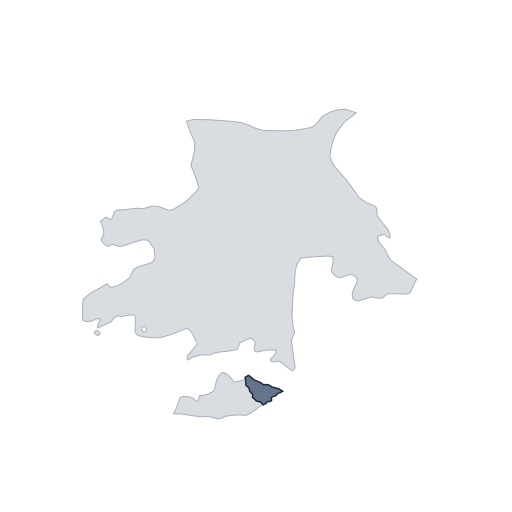 Ordubad District, Ordubad, Azerbaijan (highlighted), rotated 309°
{"feature_id": "54616110B24607032839399", "entity_name": "Ordubad District", "entity_type": "district", "adm_level": 2, "iso_a3": "AZE", "parent_name": "Azerbaijan", "parent_adm1": "Ordubad", "projection": "equal_earth", "projection_center": [45.94, 39.075], "detail": "fine", "context": "in_parent", "style": "filled", "palette": "slate", "viewbox_px": 512, "rotation_deg": 309, "n_neighbors": 0, "source": "geoboundaries", "source_scale": "gbopen_adm2", "svg_char_len": 4249}
<svg xmlns="http://www.w3.org/2000/svg" viewBox="0 0 512 512"><g transform="rotate(309 256 256)"><path d="M339.2,395.7L337.4,395.6L324.6,398.8L321.8,397.8L310.6,383.2L308.4,381.6L303.6,381.0L300.8,378.6L298.5,374.7L297.2,371.8L285.7,364.0L284.0,361.1L283.7,358.6L285.4,356.3L287.3,354.4L292.8,352.4L299.3,350.8L301.3,349.6L302.4,347.5L302.3,344.1L301.2,340.8L291.8,334.9L290.8,332.3L290.4,329.1L290.9,325.8L292.4,323.3L299.9,319.8L303.9,316.1L301.4,312.1L293.1,302.9L283.3,292.7L276.8,292.6L269.4,295.6L257.5,304.3L250.9,308.0L242.4,314.1L233.0,320.9L225.4,328.2L220.6,334.2L212.1,336.8L207.8,341.8L193.5,356.9L189.5,356.7L189.2,349.2L189.4,343.3L188.5,339.9L183.8,335.2L183.7,333.2L185.0,331.9L188.5,332.7L193.1,332.4L195.3,330.6L190.4,324.4L186.0,320.3L182.3,317.5L181.5,315.8L181.5,314.7L182.3,313.3L188.6,309.9L189.2,306.8L188.7,303.3L178.7,298.2L171.3,300.1L164.6,294.3L160.3,289.9L154.9,285.1L150.1,282.5L145.5,276.5L137.6,270.4L132.4,268.6L132.5,267.7L133.5,266.6L135.6,265.6L149.8,265.9L151.5,264.8L152.4,262.1L154.4,258.2L156.6,252.5L156.4,247.7L142.2,239.9L131.9,232.7L124.7,223.3L119.9,214.7L120.1,211.8L121.5,209.1L132.5,201.2L133.3,199.1L133.1,197.7L129.1,193.7L124.2,189.5L122.6,186.4L119.5,184.9L113.6,184.8L103.3,179.6L101.1,179.1L100.6,178.1L101.1,177.1L108.5,175.0L108.4,173.3L106.2,171.1L102.0,169.4L98.2,165.3L96.9,161.7L110.3,151.0L114.2,148.8L122.9,150.8L141.0,157.9L139.8,161.8L141.6,164.1L145.8,167.1L153.8,170.1L160.5,171.7L164.0,170.4L169.2,169.2L175.9,172.7L182.2,177.2L185.3,179.0L187.0,179.6L191.7,178.1L197.4,172.3L199.6,165.4L200.2,162.0L196.9,157.4L190.0,152.4L182.4,148.0L177.5,144.1L174.3,136.5L171.2,135.7L170.4,134.7L169.8,132.1L170.0,128.4L171.0,125.6L174.1,124.4L177.2,124.0L180.1,121.3L183.6,116.1L185.1,113.2L191.7,114.9L192.6,119.6L193.8,120.5L196.5,120.0L201.1,118.0L204.8,119.5L209.5,125.1L216.0,131.0L219.5,135.0L220.9,137.7L224.3,140.3L229.1,143.5L233.0,148.4L236.6,159.7L240.1,162.4L252.6,166.7L257.1,167.6L269.4,169.1L273.7,168.0L280.0,158.2L285.6,148.1L290.9,146.0L300.4,141.1L306.1,136.5L308.5,131.6L313.8,122.2L317.1,117.0L322.8,121.6L332.8,134.3L347.1,155.0L350.6,160.8L353.0,167.6L355.1,175.8L358.4,183.1L373.0,201.5L379.3,208.3L389.5,217.1L393.1,219.1L397.8,219.7L406.4,219.7L414.5,223.1L418.5,225.6L422.6,229.1L426.4,233.1L430.3,243.9L416.3,240.4L402.4,240.9L394.5,243.3L386.9,246.4L379.7,250.9L375.2,259.7L371.7,279.9L366.3,298.9L366.7,307.7L369.3,316.2L369.1,320.2L366.5,321.9L363.3,325.5L359.2,343.0L357.1,346.5L354.4,348.7L353.6,346.6L353.7,342.0L347.5,338.0L344.3,342.5L342.2,352.2L337.8,362.3L337.6,364.3L339.2,395.7ZM130.8,216.5L131.5,213.8L129.7,212.6L127.9,212.5L126.3,213.9L126.3,217.2L128.5,217.8L130.8,216.5ZM84.8,295.5L82.7,292.7L81.7,291.1L87.9,289.8L98.2,286.1L101.0,287.9L104.0,291.7L105.5,295.0L105.7,301.0L106.9,302.0L111.9,300.0L114.2,302.4L118.0,305.4L124.7,308.3L134.3,303.7L139.1,302.6L143.1,302.7L145.2,304.1L145.9,308.8L145.2,314.6L144.0,317.8L146.1,320.2L154.0,325.8L157.2,328.9L155.6,334.3L161.5,347.6L163.5,352.7L165.9,359.1L153.8,356.6L132.0,351.3L126.0,348.5L120.4,341.1L117.0,337.5L112.1,333.0L108.0,331.2L104.9,328.0L103.1,323.3L100.6,319.1L96.1,314.1L86.1,297.2L84.8,295.5ZM98.2,183.1L96.8,184.0L94.8,183.1L94.2,181.0L94.3,178.8L96.4,178.3L98.0,178.9L98.5,180.9L98.2,183.1Z" fill="#d9dde1" stroke="#a8b0b8" stroke-width="1"/><path d="M144.8,355.3L146.6,355.8L147.5,356.7L149.4,356.3L150.2,356.9L151.2,357.8L152.0,358.5L152.5,358.9L154.0,358.8L155.1,357.3L156.3,357.2L157.5,357.7L159.0,358.7L160.5,359.5L161.9,359.2L163.8,359.9L165.8,361.2L166.6,361.1L166.8,361.2L167.6,361.8L167.6,361.7L167.6,361.3L167.6,360.9L167.2,357.8L167.2,357.1L166.0,354.9L165.2,352.6L164.2,350.9L164.1,349.2L163.9,347.6L163.5,346.2L162.2,344.7L161.5,343.5L160.7,342.8L160.5,340.2L160.1,337.6L159.0,334.1L158.5,332.4L158.6,331.2L158.7,329.3L158.7,328.4L158.7,327.2L158.7,325.7L157.8,324.9L156.3,324.6L155.1,323.9L154.4,324.2L153.4,325.8L152.0,326.9L151.4,327.6L150.3,328.5L149.1,329.6L149.1,330.5L149.1,332.2L148.9,334.0L147.8,335.0L146.9,336.6L146.5,338.6L146.5,340.0L145.6,341.3L144.3,341.8L143.9,342.6L143.9,344.1L143.8,345.3L143.7,346.2L143.5,347.3L144.2,349.0L145.0,350.6L145.3,351.5L145.3,352.8L145.0,354.1L144.8,355.3Z" fill="#64748b" stroke="#1e293b" stroke-width="1.5"/></g></svg>